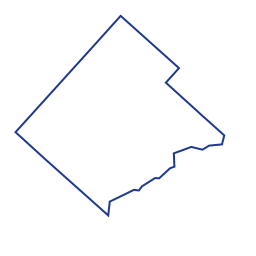 Le Sueur, Minnesota, United States of America, rotated 222°
{"feature_id": "52423323B42954373682116", "entity_name": "Le Sueur", "entity_type": "district", "adm_level": 2, "iso_a3": "USA", "parent_name": "United States of America", "parent_adm1": "Minnesota", "projection": "mercator", "projection_center": [-93.822, 44.37], "detail": "fine", "context": "isolated", "style": "outline", "palette": "blue", "viewbox_px": 256, "rotation_deg": 222, "n_neighbors": 0, "source": "geoboundaries", "source_scale": "gbopen_adm2", "svg_char_len": 475}
<svg xmlns="http://www.w3.org/2000/svg" viewBox="0 0 256 256"><g transform="rotate(222 128 128)"><path d="M208.5,206.4L208.5,167.4L208.8,49.6L199.9,49.6L185.1,49.5L169.2,49.4L84.2,49.8L92.3,61.1L82.2,86.0L78.1,88.9L78.6,94.0L74.4,108.9L71.2,111.4L69.8,126.3L67.6,130.3L77.0,139.8L68.3,156.3L58.2,161.7L55.9,169.2L47.2,178.7L51.5,186.9L68.5,186.9L79.8,186.8L91.3,186.9L130.2,187.0L130.2,206.6L208.0,206.4L208.5,206.4Z" fill="none" stroke="#1e3a8a" stroke-width="2"/></g></svg>